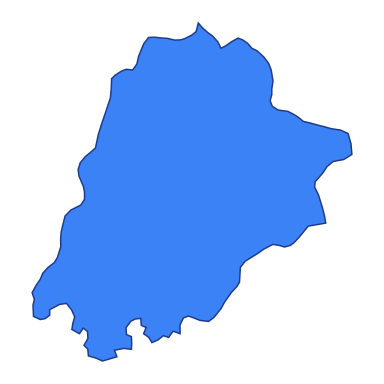 outline of Restinga, São Paulo, Brazil
{"feature_id": "56859067B58378692566136", "entity_name": "Restinga", "entity_type": "district", "adm_level": 2, "iso_a3": "BRA", "parent_name": "Brazil", "parent_adm1": "São Paulo", "projection": "natural_earth1", "projection_center": [-47.509, -20.648], "detail": "fine", "context": "isolated", "style": "filled", "palette": "blue", "viewbox_px": 384, "rotation_deg": 0, "n_neighbors": 0, "source": "geoboundaries", "source_scale": "gbopen_adm2", "svg_char_len": 2028}
<svg xmlns="http://www.w3.org/2000/svg" viewBox="0 0 384 384"><path d="M180.1,333.7L180.0,325.0L183.5,317.8L188.5,316.1L193.5,317.8L200.0,320.4L208.6,321.4L213.9,317.5L217.5,313.0L221.0,308.7L224.2,302.7L228.5,296.5L231.6,292.2L236.9,286.5L239.5,282.2L240.0,273.5L240.4,267.3L245.2,261.2L257.9,253.3L264.0,249.0L272.8,244.4L278.8,245.3L284.5,247.0L290.1,245.5L293.9,242.8L299.3,237.0L303.5,231.9L308.2,226.1L317.2,224.6L325.7,223.1L324.5,215.8L322.4,207.6L318.6,195.3L314.6,187.0L315.2,181.6L318.6,177.9L323.1,172.6L327.0,166.6L333.1,161.5L338.9,160.4L343.8,159.5L351.9,154.4L351.0,143.8L348.1,133.6L340.6,130.1L331.3,128.7L324.5,126.8L317.4,125.0L310.5,123.1L303.3,121.4L298.2,117.2L293.4,114.2L287.9,111.4L278.1,110.0L272.3,106.3L270.1,100.7L271.8,94.6L271.8,88.9L273.0,81.0L271.2,70.0L268.7,63.5L264.0,57.2L257.2,50.9L251.9,48.3L247.7,43.4L242.7,39.9L238.0,38.1L231.4,41.8L225.9,45.7L221.0,48.3L217.8,41.8L212.4,35.9L207.7,32.5L202.4,27.8L198.3,23.0L196.1,31.6L191.6,35.2L184.6,38.7L180.3,39.9L174.8,40.1L167.6,38.4L160.7,37.9L154.9,37.2L148.5,37.5L143.7,43.8L138.6,56.3L136.9,63.9L132.7,70.0L126.2,69.3L121.1,71.3L115.4,75.0L111.6,78.7L111.3,87.8L110.4,97.8L105.6,112.3L101.5,124.3L98.2,135.0L95.5,147.9L90.2,152.6L85.3,156.6L80.2,162.8L78.1,169.7L79.0,176.2L83.3,186.2L84.5,191.9L84.5,199.3L80.9,205.0L76.1,207.4L70.9,210.0L65.1,216.0L63.2,223.4L61.2,231.9L60.6,239.6L60.8,246.7L57.4,257.5L54.3,262.6L48.2,267.3L42.6,273.5L40.4,279.1L36.1,285.4L32.1,292.7L34.4,299.3L33.0,305.2L33.5,316.4L40.2,319.5L45.2,318.6L49.7,315.2L49.7,309.6L59.6,304.4L66.5,303.4L71.6,309.9L74.7,316.9L72.8,323.4L71.9,329.5L79.4,333.7L83.3,328.1L87.5,331.4L87.9,338.5L84.0,345.3L87.8,349.1L88.4,355.9L96.0,358.1L102.5,361.0L112.3,358.1L116.9,356.8L114.5,350.2L123.9,348.4L131.4,349.3L131.7,343.3L131.4,336.6L126.5,334.6L126.0,327.7L130.9,321.2L135.3,319.0L140.8,318.4L141.3,325.4L146.1,327.5L143.6,333.7L148.8,337.4L151.9,342.6L158.0,339.9L163.3,335.7L168.6,337.4L173.1,331.2L180.1,333.7Z" fill="#3b82f6" stroke="#1e3a8a" stroke-width="1.5"/></svg>